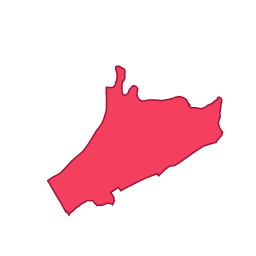 Semlac, Arad, Romania (orthographic projection), rotated 241°
{"feature_id": "2599482B97357966880497", "entity_name": "Semlac", "entity_type": "district", "adm_level": 2, "iso_a3": "ROU", "parent_name": "Romania", "parent_adm1": "Arad", "projection": "orthographic", "projection_center": [20.923, 46.147], "detail": "fine", "context": "isolated", "style": "filled", "palette": "rose", "viewbox_px": 256, "rotation_deg": 241, "n_neighbors": 0, "source": "geoboundaries", "source_scale": "gbopen_adm2", "svg_char_len": 5093}
<svg xmlns="http://www.w3.org/2000/svg" viewBox="0 0 256 256"><g transform="rotate(241 128 128)"><path d="M111.4,221.1L109.7,220.1L109.7,219.5L109.7,218.9L109.5,217.2L109.5,216.2L109.2,215.7L109.0,215.0L108.9,214.1L108.9,212.5L108.8,211.7L108.9,210.6L108.9,210.1L109.1,209.1L109.3,208.7L109.1,208.3L109.0,207.8L108.9,206.7L108.7,206.1L108.7,205.4L108.7,204.7L109.0,204.0L109.1,203.3L109.1,202.6L109.3,201.8L109.4,201.4L109.8,200.6L110.5,199.7L110.9,199.5L111.3,199.2L111.8,198.3L112.3,197.6L113.1,196.8L113.5,196.1L113.9,195.4L114.5,194.0L114.7,193.6L115.0,193.1L115.7,192.9L116.4,192.8L117.2,192.7L118.2,192.4L118.5,192.4L118.3,192.7L118.2,193.1L118.4,193.4L119.0,193.1L119.9,192.9L121.0,192.7L122.4,192.8L124.1,192.8L124.8,192.7L125.8,192.1L126.6,191.7L127.4,191.2L128.7,190.2L129.4,189.6L130.5,188.3L130.9,187.3L131.3,186.0L131.7,185.0L132.0,184.1L132.0,183.2L132.1,182.2L132.3,181.4L132.5,180.1L132.8,179.6L132.9,178.8L133.2,177.7L133.8,176.1L133.8,175.9L133.9,175.6L134.0,175.3L134.1,175.0L134.2,174.9L134.4,174.4L135.0,172.4L135.4,171.3L135.7,170.8L136.1,170.3L136.5,169.5L137.0,168.9L137.4,168.2L137.8,167.5L138.4,166.6L138.6,166.3L138.9,165.9L139.4,165.1L139.4,164.7L139.9,164.1L140.2,163.6L140.9,162.7L141.3,161.9L141.4,161.4L141.6,161.0L141.9,160.4L142.4,159.7L142.7,159.2L142.9,158.7L142.9,158.1L143.3,157.1L143.8,155.2L144.2,154.1L144.7,153.5L146.0,152.4L146.3,152.2L147.0,151.8L147.6,151.7L148.3,151.5L149.9,151.4L151.0,151.6L152.4,151.9L153.3,152.2L153.9,152.4L154.9,153.3L155.6,154.0L156.1,154.5L156.8,155.0L157.2,155.2L157.8,155.5L159.0,155.4L159.6,155.3L160.2,155.1L160.7,155.0L161.2,154.7L161.9,154.1L162.4,153.2L162.5,152.8L162.3,152.2L162.2,151.2L161.7,150.4L161.4,149.6L161.1,148.5L160.7,147.7L160.2,146.9L159.7,146.4L159.0,145.7L158.8,145.5L158.6,145.3L158.4,144.7L158.2,143.9L158.1,143.2L158.0,142.3L157.9,141.8L157.9,141.4L158.2,141.0L158.7,140.6L159.7,140.0L160.4,139.9L161.3,140.0L163.0,140.6L165.1,141.5L166.1,142.2L167.7,143.0L168.6,143.6L169.7,144.7L170.9,145.5L171.1,146.4L171.8,147.8L172.2,148.5L173.3,149.3L174.1,150.0L175.9,150.9L176.6,151.1L177.3,151.7L178.0,152.2L178.8,152.6L179.6,153.1L180.2,153.3L181.0,153.2L181.6,153.0L182.2,152.7L182.5,152.4L183.2,152.1L183.6,151.9L183.9,151.4L184.8,151.0L185.9,150.6L186.6,149.8L186.8,149.3L187.2,148.5L187.2,147.8L187.4,147.7L187.6,147.3L187.0,146.9L186.5,146.5L185.8,145.9L185.0,145.7L183.3,145.4L181.4,145.0L180.0,144.4L178.1,143.3L176.4,142.2L174.9,140.8L173.8,139.4L172.9,138.6L171.6,137.4L171.2,136.0L171.0,134.3L171.5,133.0L172.4,131.6L172.6,131.1L172.7,130.6L173.5,129.4L174.1,129.2L174.7,129.0L174.1,129.0L173.7,128.5L169.2,126.0L165.5,124.2L160.3,121.3L155.3,118.5L153.5,117.2L147.8,111.4L144.6,107.4L143.1,104.3L142.5,103.0L141.2,99.9L140.4,98.1L138.5,94.9L136.6,91.6L134.4,87.5L133.6,86.3L133.3,85.6L132.5,83.9L131.8,82.7L129.7,77.6L129.2,76.4L128.5,72.9L127.7,68.6L126.8,64.4L125.9,61.1L125.2,59.0L123.9,55.4L123.1,52.6L122.1,49.5L121.7,48.0L121.3,46.3L121.3,45.6L121.3,43.4L121.3,42.6L121.3,42.1L121.4,40.9L121.4,38.1L121.3,37.8L121.3,37.4L121.2,35.5L121.0,33.9L120.9,33.6L120.9,33.2L120.8,32.2L112.2,32.5L105.5,32.6L98.4,32.8L94.2,33.0L92.7,33.0L86.5,33.0L86.1,33.0L84.9,33.0L85.1,33.4L85.2,33.9L80.5,34.2L81.7,36.2L82.3,40.2L83.3,44.0L83.7,48.4L84.2,50.0L84.3,51.0L84.3,51.6L84.0,53.1L84.0,53.5L84.2,55.8L84.3,57.4L83.6,58.7L82.6,59.8L82.4,60.1L82.2,60.6L82.0,61.0L81.9,61.4L81.6,61.9L81.3,62.1L81.0,62.2L78.0,62.4L77.8,62.7L77.7,62.8L77.4,63.0L76.9,63.0L75.2,63.2L75.2,63.6L75.1,64.0L75.0,64.3L74.7,64.8L74.6,65.1L74.3,65.6L73.9,66.1L73.6,66.5L73.0,68.5L72.6,69.6L72.5,70.7L72.4,72.8L72.3,73.6L72.3,73.9L72.1,74.1L71.8,74.3L71.5,74.5L71.2,74.8L70.9,75.2L70.4,76.0L70.1,76.3L69.4,76.7L68.8,77.2L68.4,77.3L70.8,80.7L71.1,80.8L72.1,80.7L73.8,81.9L77.5,81.8L79.2,81.7L80.0,81.6L80.7,91.0L76.7,91.2L76.6,99.5L76.2,109.1L75.8,116.4L75.5,119.7L75.1,123.0L73.9,131.6L71.7,131.4L71.3,131.7L72.3,134.5L73.1,138.1L73.7,139.6L74.1,143.4L74.5,145.9L72.8,150.0L72.7,152.2L72.7,154.3L72.8,155.7L73.1,158.6L73.6,163.1L74.0,167.0L74.2,169.1L74.6,172.1L74.9,175.6L75.2,178.9L75.3,180.6L75.4,182.0L75.4,182.4L75.5,183.5L75.6,184.5L75.5,185.8L75.2,187.0L74.8,189.3L74.4,191.2L74.2,192.2L73.7,194.2L73.3,195.8L73.0,196.9L72.8,197.6L72.7,198.1L72.7,198.4L72.8,198.6L73.0,198.8L73.3,199.1L73.5,199.3L73.8,199.7L73.9,200.1L74.2,201.0L74.6,202.0L74.9,202.7L75.4,203.7L75.5,203.9L75.6,204.0L75.6,204.9L75.8,205.7L76.2,206.6L76.8,207.0L77.0,207.1L77.7,207.3L78.3,208.8L79.8,208.5L82.0,208.2L82.6,208.1L84.2,208.3L85.5,208.6L87.6,208.9L88.7,209.6L89.5,210.2L89.8,210.5L90.2,210.8L90.5,211.1L90.9,211.5L91.2,212.0L91.4,212.3L91.9,212.8L92.2,213.1L92.7,213.6L93.2,214.0L93.5,214.2L93.9,214.4L94.4,214.6L95.2,215.0L95.7,215.2L96.3,215.5L96.9,215.8L97.2,216.1L98.0,216.7L98.5,217.1L99.1,217.8L99.5,218.0L100.3,218.6L101.2,219.2L102.3,219.8L102.5,220.0L104.2,221.4L105.2,222.3L106.0,222.9L106.5,223.3L107.1,223.5L107.5,223.7L107.8,223.8L108.3,223.7L108.8,223.7L109.3,223.5L110.0,223.2L110.5,222.9L110.7,222.7L110.8,222.5L111.0,222.2L111.0,221.9L111.0,221.0L111.4,221.1Z" fill="#f43f5e" stroke="#9f1239" stroke-width="1.5"/></g></svg>